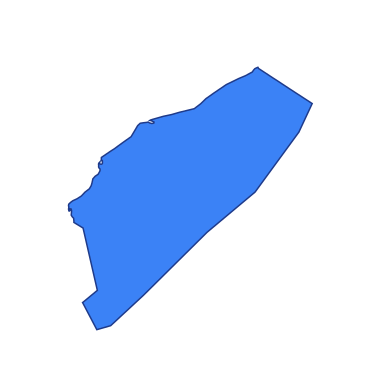 the district of Qantara Sharq, al-, Al Isma`iliyah, Egypt, rotated 64°
{"feature_id": "37247803B91574784842387", "entity_name": "Qantara Sharq, al-", "entity_type": "district", "adm_level": 2, "iso_a3": "EGY", "parent_name": "Egypt", "parent_adm1": "Al Isma`iliyah", "projection": "equal_earth", "projection_center": [32.447, 30.598], "detail": "fine", "context": "isolated", "style": "filled", "palette": "blue", "viewbox_px": 384, "rotation_deg": 64, "n_neighbors": 0, "source": "geoboundaries", "source_scale": "gbopen_adm2", "svg_char_len": 1485}
<svg xmlns="http://www.w3.org/2000/svg" viewBox="0 0 384 384"><g transform="rotate(64 192 192)"><path d="M243.4,338.8L274.0,337.9L276.5,323.7L272.7,311.2L263.5,280.8L234.8,196.1L219.7,135.3L209.0,115.1L185.2,70.0L185.2,69.9L165.2,45.2L163.7,46.1L158.0,49.5L157.2,50.0L142.0,59.1L128.3,67.2L125.7,68.8L110.2,78.0L108.8,78.1L108.7,80.3L108.7,81.4L109.5,83.4L110.6,85.2L110.6,85.9L110.9,93.1L110.5,100.3L110.5,114.1L112.6,128.7L114.2,138.5L116.5,145.5L118.1,153.5L114.9,168.1L113.4,176.6L111.4,184.6L109.4,195.8L109.1,197.9L109.2,198.5L110.0,197.4L111.2,196.5L112.3,195.5L113.2,195.9L113.2,197.1L112.5,198.6L111.0,200.1L109.9,200.7L109.6,202.1L108.6,204.9L107.5,208.4L108.5,211.7L112.2,217.3L115.6,222.5L116.6,228.7L117.4,233.4L118.2,238.0L119.1,242.7L119.6,247.1L121.2,258.3L124.0,259.8L124.1,259.0L124.6,258.8L125.2,259.1L126.9,259.9L127.3,260.5L127.3,261.5L126.7,262.3L126.3,262.4L125.8,262.4L125.3,262.2L124.7,261.8L125.3,263.3L126.2,263.9L127.3,264.3L128.6,265.0L129.8,265.0L131.0,264.6L132.2,265.1L133.1,266.0L134.9,268.6L135.4,272.2L136.7,275.3L140.0,277.9L142.1,279.8L144.1,282.8L145.2,288.2L147.1,293.2L147.7,298.4L147.6,302.9L148.1,305.7L148.9,308.1L149.8,308.8L150.5,309.1L151.5,309.3L153.3,310.5L154.8,310.9L155.3,310.8L155.2,309.8L153.6,309.0L154.3,308.1L155.9,308.4L157.4,309.2L159.8,310.7L161.8,310.5L163.7,309.9L166.4,310.9L167.6,311.5L176.5,305.8L176.6,305.7L238.9,320.2L242.1,333.3L243.4,338.7L243.4,338.8Z" fill="#3b82f6" stroke="#1e3a8a" stroke-width="1.5"/></g></svg>